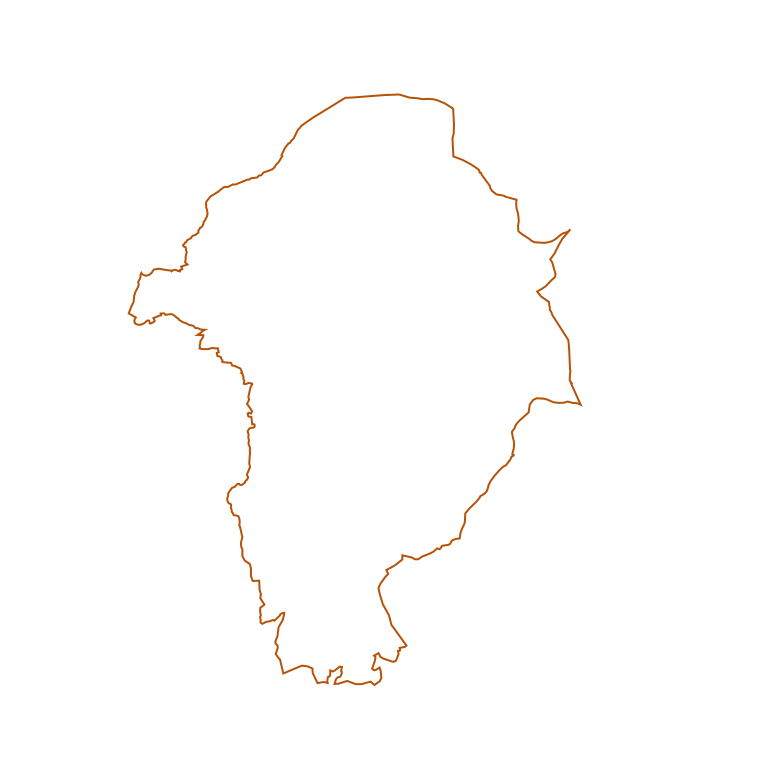 outline of Arieseni, Alba, Romania, rotated 163°
{"feature_id": "2599482B47449436193929", "entity_name": "Arieseni", "entity_type": "district", "adm_level": 2, "iso_a3": "ROU", "parent_name": "Romania", "parent_adm1": "Alba", "projection": "robinson", "projection_center": [22.749, 46.504], "detail": "fine", "context": "isolated", "style": "outline", "palette": "amber", "viewbox_px": 768, "rotation_deg": 163, "n_neighbors": 0, "source": "geoboundaries", "source_scale": "gbopen_adm2", "svg_char_len": 6165}
<svg xmlns="http://www.w3.org/2000/svg" viewBox="0 0 768 768"><g transform="rotate(163 384 384)"><path d="M337.3,669.0L373.7,659.6L387.0,655.3L390.8,652.8L391.7,652.6L398.6,645.2L400.3,644.2L401.1,644.1L403.3,642.1L405.0,642.0L409.5,638.9L415.1,632.8L414.6,631.5L416.5,630.3L417.0,629.5L420.2,626.7L422.7,625.6L425.3,623.3L427.8,622.0L432.5,621.6L437.1,621.6L440.4,619.5L442.8,619.9L444.6,618.6L449.0,619.2L450.5,619.7L453.2,618.9L454.9,619.4L467.7,618.2L469.9,619.0L475.8,618.1L477.4,618.5L478.0,619.0L479.8,619.0L487.3,616.0L488.3,616.1L488.7,615.7L493.8,614.4L494.9,614.3L500.7,610.2L501.7,608.1L501.6,607.0L502.4,605.4L502.3,602.1L503.1,598.0L504.8,595.4L505.9,594.6L506.5,593.5L509.1,591.6L510.2,589.5L511.6,588.1L513.4,587.1L514.4,587.1L515.2,586.0L516.6,585.2L517.2,583.0L519.4,582.3L520.4,581.7L523.2,581.7L525.2,580.8L525.9,579.9L530.1,579.1L531.7,577.6L532.7,577.5L534.0,576.3L535.5,575.7L535.6,574.6L534.9,573.6L533.7,572.8L533.8,571.4L534.2,570.6L534.1,567.6L535.4,565.8L536.7,563.2L536.9,561.9L538.6,558.6L537.0,555.7L543.6,555.6L543.4,552.8L545.9,552.6L546.2,551.4L548.2,552.5L549.2,553.6L550.7,554.4L552.9,554.4L554.2,553.9L554.5,554.8L557.5,556.0L565.9,560.2L570.8,560.7L573.3,558.5L576.5,557.0L579.9,557.1L581.3,558.0L583.3,559.9L583.6,561.1L585.2,559.1L585.6,557.5L586.8,555.8L589.3,553.3L589.5,550.6L590.6,549.0L595.1,544.4L597.0,541.5L599.5,535.6L602.5,532.5L607.5,526.2L601.9,520.2L603.4,518.9L604.5,516.8L604.4,514.9L603.3,513.5L601.1,512.3L599.3,511.8L595.6,512.2L592.3,513.7L591.1,513.8L590.1,513.2L590.0,511.9L590.3,510.6L589.4,510.0L585.8,510.7L584.8,511.5L585.3,514.4L579.0,515.0L577.2,514.8L577.0,516.7L573.5,515.8L573.0,514.3L571.9,513.8L567.9,513.3L566.1,512.6L564.4,510.6L562.6,507.7L561.7,506.9L561.1,505.1L558.1,501.8L555.4,499.8L553.4,497.8L549.1,495.2L548.3,493.1L547.5,492.4L545.6,491.7L543.1,489.6L539.4,488.2L542.3,487.6L544.6,486.4L548.1,485.5L542.5,483.5L543.2,481.9L547.2,478.5L547.7,476.8L549.1,474.7L549.2,473.2L550.0,471.9L547.9,470.6L542.2,468.8L537.4,468.7L534.6,467.2L532.5,466.7L532.8,462.7L534.8,462.7L535.1,459.3L533.3,458.5L532.1,457.1L532.2,455.7L531.6,453.9L532.2,452.7L531.6,451.9L524.2,449.0L523.7,446.0L521.6,445.0L516.8,440.8L516.4,436.9L517.3,436.3L516.4,435.1L516.4,431.6L517.0,429.9L516.7,427.8L518.0,425.2L516.3,424.3L513.5,424.6L510.0,423.0L510.1,422.2L512.6,419.9L516.5,413.1L517.6,411.0L517.6,408.4L520.8,405.0L519.8,402.3L518.1,396.5L519.7,394.6L522.0,396.1L523.0,395.5L523.3,393.1L522.8,392.3L520.5,391.3L521.8,383.9L520.3,383.7L519.7,383.0L519.9,381.6L520.6,380.7L521.7,380.4L524.0,381.0L525.8,380.7L528.0,378.9L528.3,377.9L528.2,375.3L529.3,373.1L529.7,369.3L531.1,366.7L530.7,361.6L531.8,360.1L531.9,358.4L536.1,347.5L536.3,343.9L541.6,337.4L541.3,334.1L543.2,332.4L544.9,331.8L546.2,330.1L549.8,329.0L551.5,329.9L551.6,330.7L553.3,331.3L557.2,329.1L558.7,329.3L559.9,329.0L564.5,325.5L565.2,324.5L565.6,322.8L567.4,320.4L567.9,317.8L567.7,316.2L567.3,315.3L565.9,314.3L565.5,313.2L566.6,310.5L566.5,308.2L567.0,306.2L566.2,304.6L566.3,303.1L565.9,302.4L563.3,301.2L562.0,300.1L561.7,299.2L561.9,296.0L562.8,293.0L563.8,291.0L563.4,289.7L564.3,279.0L567.3,273.8L568.1,269.9L567.8,267.0L569.8,260.9L568.8,255.8L565.0,251.2L565.1,246.8L567.4,239.0L567.1,234.0L560.9,232.4L563.2,223.3L563.1,219.2L564.9,215.2L562.9,208.1L563.6,207.6L567.6,206.3L569.0,203.0L569.3,198.9L570.7,197.4L570.8,194.9L571.8,191.8L570.4,190.2L566.4,191.0L562.6,190.5L559.2,190.8L558.0,189.7L551.4,193.0L550.5,194.1L547.7,194.6L546.3,194.3L548.1,190.7L549.7,188.1L556.0,182.1L559.5,174.1L563.2,169.5L563.5,167.1L562.3,165.3L562.7,162.7L566.5,157.5L565.2,153.4L564.0,150.8L564.9,136.6L545.0,138.7L539.4,136.2L535.6,132.8L536.7,128.5L535.0,117.4L528.8,116.7L525.3,114.6L525.2,116.2L523.4,120.1L520.9,120.6L519.1,125.8L517.0,124.0L514.9,124.4L509.1,126.6L507.0,125.7L508.9,122.1L508.5,121.6L508.9,119.9L510.4,117.8L511.4,117.0L514.1,116.9L516.2,115.7L519.0,111.7L515.1,110.7L506.0,110.8L499.0,105.4L493.7,103.6L483.9,103.3L481.1,99.0L475.1,100.9L472.5,103.6L471.0,111.0L471.1,114.1L474.8,113.1L477.1,113.1L478.6,115.2L473.4,122.3L472.0,125.3L472.9,127.1L468.0,128.2L467.5,126.2L467.3,124.2L464.9,121.6L456.8,115.8L455.0,115.6L453.5,115.8L448.9,121.6L448.7,124.7L446.9,124.3L446.3,125.4L446.2,127.1L441.0,126.5L439.0,127.3L447.3,151.5L446.9,161.6L449.5,173.6L449.5,183.8L449.0,190.3L445.6,194.3L439.0,199.2L435.5,201.2L436.2,205.4L426.8,207.3L417.8,210.8L416.5,214.8L408.3,210.1L405.5,207.3L402.5,206.4L398.1,207.8L390.1,208.4L385.7,209.2L381.2,211.3L379.2,209.8L377.0,210.9L376.4,212.1L375.6,212.3L369.2,211.3L366.9,212.2L365.9,213.5L364.5,214.6L360.0,214.8L356.9,214.1L354.0,219.9L351.0,223.6L348.4,226.3L347.1,228.3L344.0,236.6L338.4,240.2L330.0,244.5L325.7,247.4L324.8,248.5L320.1,249.7L318.3,250.6L317.1,251.4L314.2,255.3L314.1,256.1L310.8,259.7L305.1,263.9L299.2,267.6L294.7,269.9L290.9,270.8L285.3,274.8L283.2,277.3L281.8,277.4L280.8,278.1L281.8,279.5L278.8,284.3L277.0,289.0L276.6,291.2L276.3,296.3L275.7,300.7L274.7,301.7L273.9,302.1L272.1,303.6L270.9,305.2L269.4,306.7L265.2,309.4L254.0,314.5L250.6,321.7L246.1,325.1L242.1,325.7L235.1,323.1L232.6,321.5L227.4,317.1L222.6,314.9L217.4,313.5L213.4,313.5L209.1,310.7L205.7,309.5L203.7,308.3L202.0,306.7L204.9,329.6L204.2,329.8L205.4,333.0L203.6,338.2L201.8,342.2L201.9,343.3L197.0,362.2L195.7,368.0L194.9,372.3L202.8,400.5L203.0,404.1L203.8,406.5L202.9,409.1L203.0,410.9L202.2,414.1L208.3,421.9L210.5,427.7L206.1,428.6L201.1,430.1L193.5,434.3L189.3,436.2L187.8,438.9L187.6,451.1L188.6,454.6L182.7,459.0L177.6,464.4L171.3,470.5L160.5,477.4L163.1,476.1L165.1,475.7L168.1,475.8L170.8,475.2L177.7,472.4L180.8,471.6L183.7,471.4L189.3,472.0L198.7,475.6L201.4,478.2L202.4,480.0L208.2,486.9L210.8,490.7L209.8,495.5L207.3,500.9L206.0,507.8L205.9,513.1L204.9,517.8L203.4,521.4L213.2,527.7L214.3,529.0L221.1,532.5L224.3,537.2L225.2,540.3L224.8,542.4L229.4,555.5L229.5,557.7L230.7,558.3L230.5,560.7L232.4,563.5L237.0,569.0L243.4,575.4L251.1,581.3L246.7,598.9L244.0,603.4L241.1,612.0L237.4,627.1L243.8,634.6L250.2,639.8L253.6,641.9L259.5,644.1L264.3,645.2L267.5,647.1L275.6,650.3L285.1,656.5L299.2,660.2L329.1,666.9L337.3,669.0Z" fill="none" stroke="#b45309" stroke-width="2"/></g></svg>